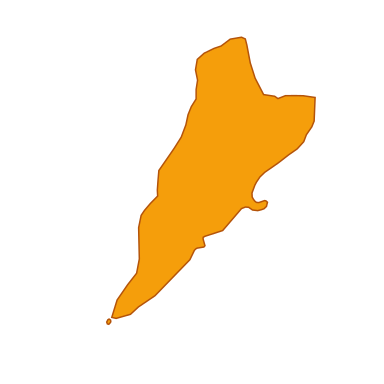 Elobey Grande, Equatorial Guinea (Equal Earth projection), rotated 214°
{"feature_id": "11065452B23490115173263", "entity_name": "Elobey Grande", "entity_type": "district", "adm_level": 2, "iso_a3": "GNQ", "parent_name": "Equatorial Guinea", "parent_adm1": "", "projection": "equal_earth", "projection_center": [9.506, 0.981], "detail": "fine", "context": "isolated", "style": "filled", "palette": "amber", "viewbox_px": 384, "rotation_deg": 214, "n_neighbors": 0, "source": "geoboundaries", "source_scale": "gbopen_adm2", "svg_char_len": 1305}
<svg xmlns="http://www.w3.org/2000/svg" viewBox="0 0 384 384"><g transform="rotate(214 192 192)"><path d="M231.3,206.9L231.5,191.3L227.1,183.4L221.8,174.2L218.2,169.4L220.1,159.2L221.1,150.2L221.1,144.2L216.3,132.6L198.2,107.0L192.5,93.7L193.5,79.3L193.6,68.4L193.7,60.6L188.4,43.2L184.2,44.8L174.6,56.2L172.1,66.9L164.7,85.3L155.9,134.7L157.4,145.1L157.0,147.1L156.3,148.4L151.4,153.0L151.2,154.7L156.6,159.3L157.4,160.8L157.0,161.4L156.6,162.4L145.0,177.2L141.7,205.9L139.3,209.4L136.5,211.0L131.8,210.9L127.1,213.3L124.6,216.1L122.9,218.4L122.2,221.7L122.9,223.5L123.7,225.7L125.7,226.0L127.0,225.5L130.7,220.6L132.8,219.4L135.0,219.6L137.2,220.4L139.3,221.5L141.7,224.7L143.7,232.8L144.1,236.4L144.1,242.4L142.7,249.0L136.7,264.5L132.6,277.0L128.9,286.6L127.5,296.2L129.2,303.4L129.1,313.0L130.4,319.1L142.8,339.2L153.6,334.0L159.9,329.9L168.4,324.1L173.0,317.5L177.0,317.6L187.1,312.8L203.4,321.7L215.9,331.6L228.8,344.6L233.4,348.7L237.5,348.0L245.8,340.1L249.5,329.3L254.0,323.4L259.5,313.9L261.8,304.9L257.4,295.2L249.9,287.8L245.9,279.3L240.6,271.4L240.3,262.4L238.5,253.9L234.6,244.2L231.6,231.5L231.2,218.3L231.3,206.9ZM189.7,40.3L190.3,39.1L190.0,36.5L188.4,35.3L187.0,35.8L186.7,37.6L186.7,38.9L187.4,39.8L188.0,40.3L189.7,40.3Z" fill="#f59e0b" stroke="#b45309" stroke-width="1.5"/></g></svg>